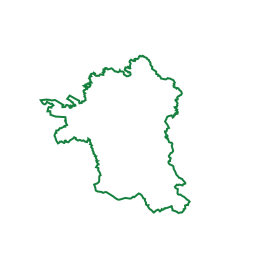 the district of Tho Xuan, Thanh Hóa, Vietnam, rotated 299°
{"feature_id": "81297802B55629975533372", "entity_name": "Tho Xuan", "entity_type": "district", "adm_level": 2, "iso_a3": "VNM", "parent_name": "Vietnam", "parent_adm1": "Thanh Hóa", "projection": "equal_earth", "projection_center": [105.491, 19.926], "detail": "fine", "context": "isolated", "style": "outline", "palette": "green", "viewbox_px": 256, "rotation_deg": 299, "n_neighbors": 0, "source": "geoboundaries", "source_scale": "gbopen_adm2", "svg_char_len": 5789}
<svg xmlns="http://www.w3.org/2000/svg" viewBox="0 0 256 256"><g transform="rotate(299 128 128)"><path d="M57.7,130.1L57.7,132.1L59.3,136.0L59.1,137.5L61.1,139.4L61.4,140.2L61.0,148.4L60.5,151.2L60.5,153.6L60.7,154.5L61.5,155.6L65.5,159.5L67.1,163.7L68.0,164.9L70.4,165.8L70.5,167.0L75.9,169.1L76.0,169.4L76.1,171.0L75.6,173.1L73.9,175.5L74.2,177.2L72.8,177.9L71.3,180.1L69.9,180.7L69.7,181.2L69.6,182.2L70.4,183.3L69.0,183.7L68.5,184.3L67.6,186.3L67.6,187.9L67.0,190.1L66.5,191.1L66.6,191.6L69.5,192.6L71.2,193.8L71.2,194.6L70.5,196.4L71.2,196.8L71.9,196.7L72.5,197.1L73.4,196.9L73.4,198.2L74.2,198.7L75.5,198.8L75.8,199.8L76.4,200.0L77.5,201.4L80.7,203.9L80.7,204.4L79.8,204.5L78.6,206.4L77.6,206.8L78.3,210.1L78.2,211.0L78.5,211.4L78.2,212.3L78.2,213.5L79.6,214.9L80.2,216.1L83.0,216.8L84.0,216.1L84.9,217.0L85.5,217.1L87.9,215.5L89.2,216.7L89.7,217.8L91.2,217.3L93.5,217.6L94.0,215.7L94.0,214.4L95.0,210.4L94.8,209.2L95.2,206.1L94.4,205.0L94.3,203.7L95.1,202.8L98.7,201.2L98.5,198.8L99.3,197.5L102.1,198.2L102.0,198.9L102.4,199.7L103.3,200.0L104.2,203.6L105.6,203.6L107.0,205.0L107.6,204.9L108.2,203.9L108.9,201.5L109.7,200.1L109.4,198.9L109.6,198.3L109.2,196.7L109.8,195.7L110.6,193.0L112.4,190.9L114.3,187.9L116.5,186.2L116.7,185.1L116.4,182.0L117.0,180.5L118.2,179.7L118.8,179.8L119.5,180.8L120.3,180.3L122.3,180.0L122.7,177.8L123.2,177.3L126.8,177.5L127.9,178.5L129.9,178.6L133.6,174.9L135.5,174.6L136.3,173.4L135.6,171.5L135.6,170.6L137.0,169.3L137.5,167.9L138.1,167.9L137.8,166.5L138.0,165.4L138.3,165.0L138.9,165.0L139.7,166.5L140.2,166.5L141.0,164.4L142.5,162.2L143.0,162.0L143.5,163.1L144.1,163.3L146.2,162.5L147.9,163.8L149.7,161.3L151.6,157.3L154.9,157.2L156.5,156.8L158.0,157.7L160.2,160.1L158.9,162.1L160.0,162.5L160.9,162.2L161.8,162.7L162.3,162.0L163.0,162.4L164.0,163.8L164.2,163.4L163.7,162.8L164.0,162.4L164.8,162.9L165.0,163.4L164.6,163.4L164.6,163.7L165.3,164.2L166.2,163.7L166.5,163.2L166.6,161.5L167.9,162.1L168.4,160.5L168.2,159.9L168.8,158.7L170.4,160.5L171.0,160.1L171.7,160.3L172.3,159.6L173.8,159.3L175.4,155.9L176.1,156.1L176.9,157.6L177.5,157.5L178.6,156.2L180.2,156.6L180.7,157.3L181.9,157.6L182.5,158.3L183.0,158.4L184.2,158.4L185.4,157.3L185.9,156.4L186.1,154.9L187.1,152.7L186.8,151.6L186.0,151.4L186.4,149.5L186.0,148.6L186.3,147.9L187.1,147.3L188.2,147.7L188.7,146.6L190.3,147.0L191.8,144.6L191.6,140.5L190.8,139.2L190.9,138.6L189.0,137.6L188.6,137.1L187.3,132.8L188.4,131.5L188.8,130.5L188.8,129.8L188.3,129.1L189.3,128.6L189.0,126.4L191.0,125.3L191.4,120.3L193.3,119.6L193.4,118.6L193.9,117.9L194.1,117.1L194.7,116.5L195.5,116.4L196.3,115.5L196.7,114.2L197.6,113.3L197.6,111.4L198.2,110.9L198.3,109.8L197.9,106.7L198.3,106.6L198.2,105.6L196.9,104.8L196.9,103.4L195.7,103.0L194.2,103.4L193.0,103.0L192.1,100.8L191.6,100.3L191.0,100.6L190.6,101.6L189.9,101.6L189.6,100.7L189.8,100.3L189.4,100.1L189.6,99.7L189.0,99.0L189.2,97.5L187.6,97.1L186.5,97.3L186.1,98.4L185.6,99.1L182.8,99.7L181.3,101.1L180.9,100.6L180.8,99.9L181.4,99.4L182.1,99.5L181.5,98.2L180.6,98.4L179.7,96.4L177.9,96.8L177.9,97.2L177.1,97.5L177.2,100.3L176.7,101.1L176.9,101.7L177.5,101.8L177.6,103.0L176.2,104.3L175.7,104.4L174.8,104.0L173.2,102.7L172.7,101.8L172.9,98.4L174.6,97.3L174.9,96.1L173.7,93.7L174.4,92.9L173.1,93.0L172.1,92.4L171.8,91.7L171.7,90.1L171.1,89.2L172.1,85.8L172.2,84.7L169.5,82.1L169.4,81.4L170.0,80.4L169.6,79.3L169.2,79.0L168.3,79.5L167.5,78.1L166.6,78.5L166.5,79.7L165.9,80.3L165.4,80.2L164.9,79.1L164.4,78.9L164.1,79.9L162.5,80.7L161.5,77.7L159.5,77.3L159.1,76.1L158.3,75.3L158.1,74.4L158.3,73.6L159.6,73.0L159.7,71.3L158.5,71.5L158.2,70.3L157.4,69.5L156.5,69.5L155.5,70.9L155.1,70.5L154.8,69.5L154.1,69.5L153.4,70.3L152.5,69.9L152.0,71.5L151.0,72.1L150.1,73.9L149.3,72.3L148.8,72.3L148.4,73.3L148.0,73.1L147.4,71.1L147.1,71.1L147.1,73.4L147.4,74.3L146.5,74.6L145.3,74.4L144.0,73.1L142.8,73.3L142.9,73.0L144.4,72.1L145.0,70.7L145.7,70.1L145.4,69.7L144.3,69.9L143.5,69.0L143.4,69.6L143.6,70.0L143.2,70.1L143.5,70.9L141.8,72.6L139.7,71.5L139.6,71.2L138.7,71.1L137.7,72.3L137.6,73.5L137.0,73.1L136.7,73.5L136.2,73.5L135.5,74.5L134.3,74.6L134.1,75.8L131.8,77.4L131.2,76.9L129.7,76.5L129.2,75.1L128.5,74.8L127.6,75.4L126.1,73.6L126.5,73.0L128.2,72.0L128.0,69.6L128.1,61.3L124.0,60.7L124.0,64.5L123.3,66.5L123.7,66.9L122.1,69.8L122.6,70.6L122.1,71.2L121.3,70.5L121.7,69.6L121.6,69.0L120.2,69.0L119.9,67.4L118.6,68.6L117.5,67.7L117.5,67.1L118.8,65.5L118.5,63.2L118.1,62.9L117.1,62.7L116.4,63.0L115.8,62.7L114.4,60.6L115.3,59.9L116.8,60.2L117.1,51.0L116.9,50.3L115.1,47.9L114.4,45.2L113.5,43.7L113.5,43.1L110.0,38.2L108.3,41.4L108.1,43.1L108.3,43.7L109.1,44.3L111.6,44.5L111.5,48.5L112.4,49.8L111.7,51.8L109.5,50.7L108.7,51.1L107.9,48.6L106.8,48.6L103.5,49.5L105.0,51.9L102.0,53.8L102.9,59.1L107.1,67.9L105.6,69.2L104.8,69.2L104.1,70.3L103.6,70.4L103.4,70.0L101.0,73.3L99.1,71.6L98.6,72.2L98.2,71.4L95.4,69.6L94.7,68.4L92.4,68.3L91.0,66.5L89.1,67.6L88.9,66.9L85.9,67.3L85.5,67.5L84.6,68.9L82.4,71.2L80.6,74.2L81.9,75.0L82.9,75.0L83.2,75.7L84.0,76.2L83.8,79.1L84.1,79.6L84.8,79.6L86.0,78.9L86.4,79.0L86.8,79.7L86.1,81.3L86.7,82.8L89.1,83.3L92.5,85.2L93.8,85.4L93.9,87.3L93.1,87.4L92.8,88.0L92.8,90.4L94.2,91.5L94.4,93.9L95.6,95.1L95.3,97.0L95.5,98.3L95.8,99.0L97.3,98.6L97.9,99.4L99.4,98.5L99.1,100.7L97.9,101.0L96.7,102.7L95.5,102.7L95.8,103.6L95.3,104.1L95.2,105.0L94.3,104.8L93.3,105.2L92.8,107.0L92.3,107.0L91.8,107.8L91.0,108.0L90.7,109.1L89.8,109.6L89.5,110.3L88.8,110.3L88.4,112.3L87.8,113.3L87.5,113.2L87.7,113.9L87.1,113.8L85.9,114.8L85.3,116.0L84.2,116.0L83.9,116.4L84.2,117.3L83.4,116.8L82.7,117.8L82.1,119.9L81.9,120.0L81.4,119.2L78.2,119.1L78.7,121.4L78.5,121.7L76.7,122.3L76.2,123.5L75.0,125.3L73.5,126.9L72.3,126.3L71.4,126.5L67.9,128.4L66.6,128.7L64.7,128.0L62.1,125.8L59.9,128.4L57.7,130.1Z" fill="none" stroke="#15803d" stroke-width="2"/></g></svg>